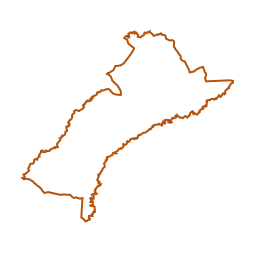 the district of Nova Alvorada do Sul, Mato Grosso do Sul, Brazil, rotated 99°
{"feature_id": "56859067B14433978209607", "entity_name": "Nova Alvorada do Sul", "entity_type": "district", "adm_level": 2, "iso_a3": "BRA", "parent_name": "Brazil", "parent_adm1": "Mato Grosso do Sul", "projection": "robinson", "projection_center": [-54.18, -21.459], "detail": "fine", "context": "isolated", "style": "outline", "palette": "amber", "viewbox_px": 256, "rotation_deg": 99, "n_neighbors": 0, "source": "geoboundaries", "source_scale": "gbopen_adm2", "svg_char_len": 5861}
<svg xmlns="http://www.w3.org/2000/svg" viewBox="0 0 256 256"><g transform="rotate(99 128 128)"><path d="M193.8,224.5L194.3,224.1L194.9,222.6L194.2,221.6L194.1,217.7L195.8,213.2L196.8,212.4L198.2,209.8L199.1,208.8L199.6,207.1L201.7,204.2L203.7,202.5L205.3,200.3L203.8,196.9L204.6,184.5L203.5,180.3L203.6,178.6L203.0,174.7L205.1,171.8L205.5,170.5L204.6,168.4L205.3,164.6L204.4,162.0L223.7,160.1L225.3,157.0L226.8,155.6L226.5,154.6L224.7,152.4L224.7,151.7L223.4,151.4L223.3,152.2L222.8,152.5L221.5,152.9L220.8,152.7L220.4,149.3L218.6,150.2L217.9,148.8L216.1,149.1L215.5,148.5L216.2,148.1L216.0,147.5L211.1,148.7L210.3,150.6L209.7,150.4L207.1,151.3L206.2,151.1L205.8,151.8L206.5,151.8L207.0,152.3L207.0,153.4L205.5,152.9L204.0,153.4L203.8,154.1L203.0,154.1L202.6,153.1L203.6,152.1L203.2,150.8L200.4,151.3L199.9,151.7L200.0,152.5L199.7,153.2L199.0,152.8L199.2,152.1L198.1,151.2L197.7,149.8L197.5,150.5L196.8,150.7L195.5,150.3L195.1,151.0L193.7,150.4L193.1,150.6L192.1,149.6L190.2,148.8L189.8,147.4L188.8,146.4L187.9,146.1L188.1,146.7L187.4,148.5L186.5,148.5L185.9,147.6L185.3,148.2L185.3,149.1L184.4,149.6L184.1,150.3L180.6,149.3L179.0,149.9L179.0,149.0L177.7,149.1L177.3,148.2L175.5,148.0L174.3,146.9L172.9,146.9L170.8,145.8L170.4,145.1L168.1,145.2L167.0,146.1L166.0,145.8L164.5,144.7L163.4,145.0L163.2,144.1L162.5,143.6L161.7,143.6L161.0,144.3L160.1,144.3L159.7,143.7L159.4,142.0L157.7,140.4L157.5,139.6L156.9,139.1L155.3,139.1L154.6,138.5L155.2,137.0L154.9,136.0L154.5,136.9L153.8,136.8L152.1,134.5L150.2,133.8L149.8,133.4L149.7,131.7L149.4,131.2L148.7,131.4L147.9,129.9L146.3,129.5L145.3,130.2L144.6,130.1L145.1,128.3L144.4,127.1L142.5,126.4L141.7,126.9L141.1,126.3L141.5,125.0L141.0,124.4L139.4,123.8L138.7,123.9L138.1,122.5L137.6,122.0L137.5,121.2L138.0,120.6L138.0,119.7L137.0,119.5L136.6,118.7L137.1,117.8L135.6,116.7L134.7,117.1L133.6,116.6L133.0,116.0L133.3,115.3L130.3,111.9L129.9,110.4L128.0,108.2L125.6,106.5L125.9,105.9L125.4,105.2L122.7,104.2L123.1,103.8L122.8,103.2L121.7,103.4L121.3,103.1L120.2,100.6L119.8,98.2L119.0,98.0L119.5,96.3L120.3,94.9L119.6,94.5L118.9,95.0L116.7,94.6L117.8,92.8L117.8,92.2L117.1,92.1L115.0,93.2L114.3,92.9L114.4,91.7L113.6,90.1L113.8,88.5L114.5,88.2L114.5,88.9L115.9,89.2L116.3,86.8L115.4,85.7L114.4,87.2L112.8,86.2L111.5,86.1L111.0,85.8L110.9,85.1L111.4,84.2L111.0,83.4L110.3,83.0L110.0,81.9L109.4,81.8L109.3,82.6L108.8,83.1L107.4,81.9L108.5,81.4L108.6,79.7L109.6,78.4L109.3,77.0L109.7,75.3L107.2,73.4L107.7,71.5L108.3,71.0L107.6,70.7L106.2,69.1L105.5,69.5L104.7,68.7L103.2,68.8L101.8,67.6L101.4,66.7L102.2,66.0L102.9,66.5L104.0,65.4L102.9,64.5L103.8,63.2L103.9,61.7L102.7,61.3L102.4,60.7L101.6,60.7L100.9,59.6L99.6,60.0L98.1,58.7L97.6,57.1L96.9,56.7L95.8,57.7L94.7,56.5L94.3,55.7L94.9,55.1L94.3,54.2L93.7,54.9L93.0,54.7L92.7,54.0L90.9,54.1L90.2,53.8L89.4,54.7L88.7,54.6L87.8,53.2L87.6,51.3L86.9,51.2L86.1,49.7L86.0,48.3L86.4,47.4L85.7,47.2L85.3,46.4L85.7,45.6L85.3,45.1L84.4,45.3L83.0,43.5L81.5,43.3L82.8,41.5L82.3,40.9L80.9,40.7L80.5,40.1L79.0,39.6L79.8,38.2L79.2,37.5L78.5,37.3L78.0,37.9L75.3,37.4L74.2,36.0L73.4,35.9L72.8,34.5L71.2,34.7L70.7,34.1L68.1,33.3L66.8,31.5L65.1,31.7L64.9,34.6L69.7,58.1L66.3,59.8L65.7,59.3L62.4,59.2L60.7,60.9L55.9,63.5L57.5,66.8L59.5,69.5L62.0,71.9L63.4,75.8L61.0,76.9L53.3,82.4L53.3,83.9L53.0,84.7L51.4,86.7L50.8,87.1L49.0,87.1L48.5,87.4L47.5,88.8L45.3,90.5L42.8,93.5L41.3,94.5L40.6,95.4L35.8,95.9L35.1,96.4L34.4,97.4L34.3,98.2L34.9,99.7L34.9,100.8L33.9,104.3L31.0,105.5L30.4,106.3L30.7,108.2L30.3,109.7L29.6,109.8L29.4,110.4L30.3,111.4L30.5,112.4L31.1,112.7L31.5,113.4L31.2,114.1L32.8,116.4L32.9,117.3L31.8,118.1L29.8,121.4L29.2,121.6L30.5,122.6L30.1,123.3L30.5,124.1L31.7,124.9L31.1,126.3L31.6,126.7L33.8,126.9L34.4,127.5L34.8,128.7L36.3,129.4L36.5,130.1L36.5,132.6L34.5,132.6L34.4,133.2L32.5,134.5L32.4,135.1L33.6,136.0L31.9,136.8L32.8,138.1L33.8,138.4L33.9,139.2L33.3,139.5L33.1,140.4L34.9,142.4L36.8,141.2L38.0,141.0L38.5,141.3L38.7,141.9L37.2,143.3L37.5,144.3L39.6,145.8L41.1,142.6L44.6,140.9L48.2,134.5L49.2,134.5L54.9,136.9L64.7,142.2L67.5,145.3L68.8,150.3L71.5,150.8L73.4,151.7L76.6,155.5L76.9,156.6L77.9,157.2L78.7,154.8L80.1,152.8L83.7,150.9L87.5,145.3L88.8,144.0L92.6,141.0L96.0,140.2L96.6,140.5L96.8,145.4L96.5,147.4L95.8,148.9L92.7,152.6L92.7,153.8L93.2,155.7L94.9,158.4L94.9,160.3L96.2,160.7L96.5,161.4L97.0,161.6L97.2,163.1L98.1,164.1L98.7,163.6L100.2,164.5L101.8,166.6L102.2,167.8L102.7,168.3L103.4,168.1L103.9,167.4L104.5,167.8L104.2,168.8L105.3,170.0L106.3,169.6L106.5,169.0L107.8,170.7L107.1,171.8L107.4,172.7L108.4,172.7L108.7,173.6L109.9,173.9L110.5,174.5L111.4,174.4L111.9,174.9L111.9,175.7L112.7,176.1L114.4,174.6L116.2,175.8L117.8,178.0L118.9,179.0L118.3,182.0L119.7,183.9L120.5,183.4L122.0,183.4L122.6,184.7L123.4,185.1L125.2,185.2L125.5,184.7L126.9,184.9L128.6,185.7L129.3,186.8L130.8,187.0L130.9,187.7L131.9,187.9L132.5,187.8L133.2,186.3L135.0,186.4L135.2,187.3L136.0,187.6L135.8,188.3L136.1,188.9L136.6,189.1L137.1,188.7L138.5,188.7L140.0,187.6L140.6,187.8L140.8,188.5L141.9,189.3L144.0,189.1L145.6,190.4L146.1,191.2L145.8,191.9L146.5,192.2L146.7,191.6L147.3,191.8L148.6,193.0L148.9,193.8L149.9,193.0L150.6,193.1L154.7,195.6L156.5,195.1L157.8,194.3L158.3,195.7L158.2,196.6L158.8,196.4L159.3,196.8L159.0,198.0L160.0,199.1L160.1,199.9L161.0,200.3L161.7,201.7L163.1,202.1L163.5,204.1L163.0,205.3L163.4,206.0L164.7,205.8L165.1,207.9L164.5,208.4L164.6,209.1L163.6,209.0L164.1,210.3L164.7,210.4L165.4,209.9L168.0,211.4L169.8,210.9L169.7,211.6L171.8,212.2L172.8,213.1L173.3,213.0L172.8,214.2L174.5,215.8L175.2,215.4L176.7,215.6L178.1,216.3L178.4,218.2L179.2,219.2L181.4,219.2L183.1,220.1L183.9,220.2L185.6,219.0L189.6,222.3L189.8,223.4L190.3,223.9L192.5,222.3L193.5,222.8L193.8,224.5ZM210.8,152.9L210.2,153.1L210.0,152.5L210.7,151.3L210.8,152.9ZM197.7,149.8L198.4,149.2L197.8,148.8L197.4,149.1L197.7,149.8Z" fill="none" stroke="#b45309" stroke-width="2"/></g></svg>